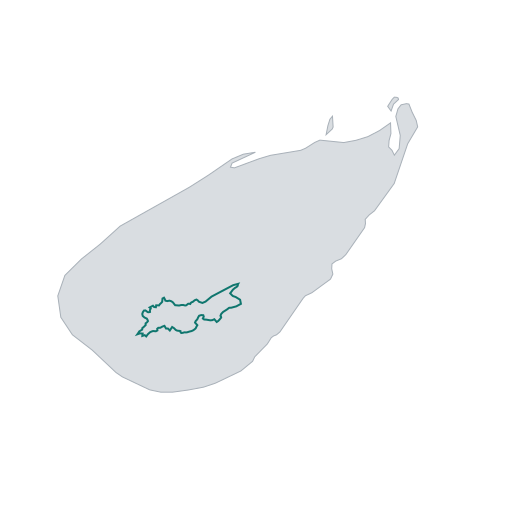 Sri Lanka, with Badulla highlighted, rotated 65°
{"feature_id": "LKA-2467", "entity_name": "Badulla", "entity_type": "District", "adm_level": 1, "iso_a3": "LKA", "parent_name": "Sri Lanka", "parent_adm1": "", "projection": "natural_earth1", "projection_center": [81.038, 7.079], "detail": "fine", "context": "in_parent", "style": "outline", "palette": "teal", "viewbox_px": 512, "rotation_deg": 65, "n_neighbors": 0, "source": "natural_earth", "source_scale": "10m", "svg_char_len": 3153}
<svg xmlns="http://www.w3.org/2000/svg" viewBox="0 0 512 512"><g transform="rotate(65 256 256)"><path d="M182.9,53.2L191.5,53.7L200.8,53.5L207.3,54.9L218.4,71.1L248.7,100.1L265.1,129.5L266.6,136.0L268.9,141.5L272.9,143.1L276.2,145.6L292.7,174.0L294.6,179.7L294.3,185.9L295.3,190.5L299.6,192.8L304.9,194.0L308.4,198.2L312.9,220.9L312.9,228.0L314.2,231.1L334.9,266.4L336.1,270.7L335.9,273.9L336.5,276.7L340.5,282.9L346.8,299.7L350.0,303.6L353.8,318.3L354.1,346.4L352.7,358.9L348.8,374.1L344.2,389.0L339.2,399.8L332.4,408.9L309.1,428.2L302.5,432.1L272.1,444.2L249.8,455.7L229.1,458.8L208.4,452.5L192.8,437.4L184.9,415.3L179.4,392.2L171.5,366.5L165.5,287.1L162.6,264.9L157.9,236.7L158.4,224.4L161.7,212.7L161.7,238.4L164.7,241.6L167.0,238.3L169.2,211.6L170.9,200.3L179.1,170.9L179.3,165.7L177.9,154.7L178.0,149.1L190.3,128.5L193.4,116.5L195.1,104.2L194.5,90.9L192.2,77.8L202.1,82.0L207.6,86.6L213.2,89.7L217.7,88.1L223.1,88.0L219.2,80.9L207.7,74.3L188.6,70.3L182.6,65.1L180.3,60.6L181.5,55.3L182.9,53.2ZM173.1,133.2L175.7,141.2L168.2,135.7L163.3,131.2L161.6,127.6L171.7,131.6L173.1,133.2ZM181.7,72.3L176.0,73.4L171.6,66.4L170.5,63.5L171.7,61.4L172.9,60.4L174.4,60.7L176.5,67.2L181.7,72.3Z" fill="#d9dde1" stroke="#a8b0b8" stroke-width="1"/><path d="M299.2,319.5L295.7,320.5L295.7,322.6L295.0,324.6L292.5,328.2L291.7,329.8L290.2,330.6L288.9,329.0L287.4,328.8L286.4,330.6L286.1,332.8L287.2,334.4L288.6,336.0L289.5,338.2L290.6,339.4L293.9,338.4L294.9,339.9L295.4,340.4L296.1,341.3L296.5,342.7L296.8,344.2L296.8,346.1L296.4,348.0L296.0,350.9L295.5,352.1L294.9,353.2L294.7,354.8L294.2,356.3L293.0,356.6L292.2,356.2L291.6,356.8L291.2,357.6L290.3,359.0L289.1,360.0L286.8,360.8L284.9,362.0L287.1,365.6L284.5,366.5L283.7,368.2L280.6,368.5L280.4,370.8L280.6,373.0L279.8,374.9L280.2,376.3L281.8,376.8L281.9,378.6L280.5,381.0L280.3,382.6L280.3,384.2L281.2,387.1L282.5,389.5L280.7,390.3L280.4,392.8L279.4,392.2L278.4,391.5L277.1,393.8L276.8,396.6L276.0,395.2L275.0,393.7L274.6,390.3L274.0,389.9L273.3,389.5L272.7,387.2L271.9,385.1L271.1,384.9L270.4,384.5L270.0,382.7L269.3,381.4L268.2,381.3L266.6,381.4L264.7,383.0L262.5,384.0L260.5,383.6L259.1,382.3L258.1,380.6L258.6,379.2L261.0,377.9L261.4,377.5L261.7,376.7L261.9,375.7L260.3,375.1L259.1,373.6L258.4,373.9L257.7,374.2L257.5,370.4L259.2,369.9L260.1,368.4L259.3,367.9L258.5,367.3L259.8,364.8L259.4,364.1L259.0,363.4L258.5,361.8L257.9,360.4L255.0,358.7L254.9,357.0L256.5,356.9L258.2,357.0L259.4,355.4L259.9,353.3L261.3,351.8L262.9,350.9L266.4,350.1L268.4,346.6L268.8,344.6L269.6,342.7L270.3,341.9L270.9,341.1L271.2,340.3L271.1,339.6L270.6,337.7L271.0,336.7L271.7,335.9L271.3,335.3L270.9,334.8L270.7,333.9L270.9,332.9L270.2,330.3L270.3,328.4L271.5,327.6L273.4,327.0L275.9,324.4L276.0,321.0L274.0,313.4L273.2,297.5L272.8,288.9L273.7,284.0L273.9,284.3L275.3,285.2L275.9,286.7L276.0,288.4L276.7,291.0L278.9,295.2L280.6,294.6L281.5,294.3L282.6,293.8L284.5,291.8L288.9,288.9L293.0,289.9L293.3,295.2L292.4,300.3L291.9,301.4L291.6,302.3L291.9,303.6L292.2,304.9L292.8,309.5L293.8,312.0L295.2,313.5L296.0,313.3L297.1,313.6L297.5,314.5L298.1,315.7L298.9,317.6L299.2,319.5Z" fill="none" stroke="#0f766e" stroke-width="2"/></g></svg>